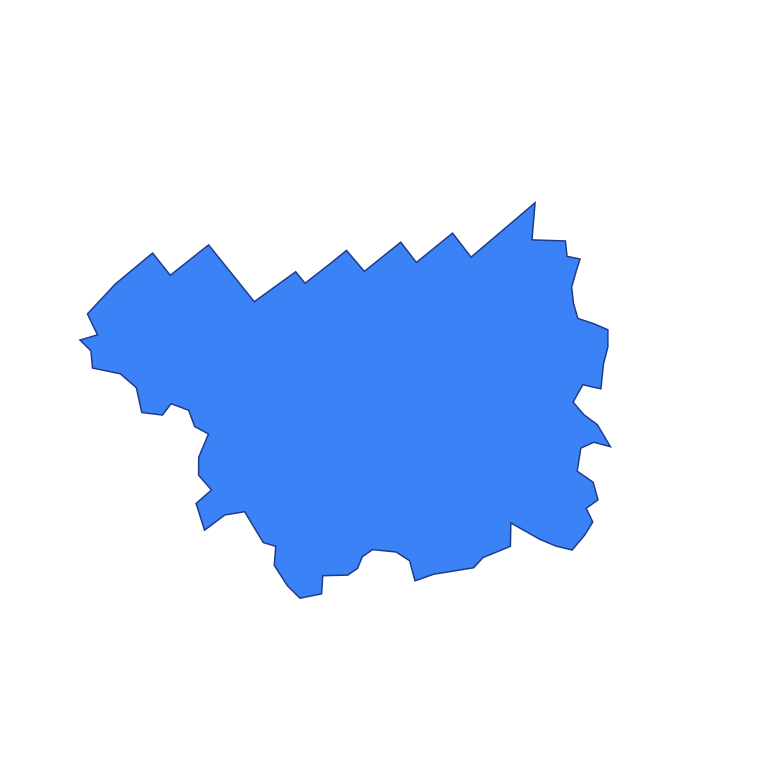 São Domingos do Sul, Rio Grande do Sul, Brazil, rotated 321°
{"feature_id": "56859067B37550395927490", "entity_name": "São Domingos do Sul", "entity_type": "district", "adm_level": 2, "iso_a3": "BRA", "parent_name": "Brazil", "parent_adm1": "Rio Grande do Sul", "projection": "natural_earth1", "projection_center": [-51.868, -28.537], "detail": "fine", "context": "isolated", "style": "filled", "palette": "blue", "viewbox_px": 768, "rotation_deg": 321, "n_neighbors": 0, "source": "geoboundaries", "source_scale": "gbopen_adm2", "svg_char_len": 1179}
<svg xmlns="http://www.w3.org/2000/svg" viewBox="0 0 768 768"><g transform="rotate(321 384 384)"><path d="M425.7,631.4L444.9,627.7L459.4,622.6L462.9,607.8L477.4,608.7L484.7,592.0L479.3,573.3L496.6,557.7L510.4,561.3L520.5,575.2L524.2,550.0L520.0,533.8L519.5,517.1L538.0,509.7L549.5,524.2L567.5,506.3L581.3,496.1L592.1,482.8L584.8,468.9L575.9,455.0L582.0,440.6L590.9,426.7L605.2,416.7L615.0,410.2L606.6,400.0L615.0,387.0L589.7,365.1L615.5,338.2L531.5,340.2L532.2,309.9L485.6,309.9L486.3,284.3L439.6,284.1L438.9,256.6L417.8,256.6L386.0,256.0L386.0,241.2L335.0,238.4L335.2,165.5L286.3,165.0L286.6,136.6L238.4,137.2L197.6,142.9L192.3,165.5L175.4,158.5L177.1,173.8L167.5,188.2L185.5,210.1L189.2,231.0L177.8,253.7L192.3,268.7L206.1,265.3L215.7,281.5L210.1,297.9L216.1,312.4L193.9,324.3L182.5,338.2L183.2,357.8L162.8,358.6L152.5,384.7L177.8,385.6L195.3,395.5L190.4,431.2L197.7,442.0L184.6,455.9L182.0,480.0L183.9,497.6L203.5,507.8L215.7,494.4L235.6,509.7L247.5,510.6L258.3,504.6L270.9,505.5L287.7,522.2L292.7,537.5L284.2,556.5L302.7,563.0L338.0,583.2L351.8,581.2L380.1,589.7L395.1,571.8L407.3,602.7L415.7,618.3L425.7,631.4Z" fill="#3b82f6" stroke="#1e3a8a" stroke-width="1.5"/></g></svg>